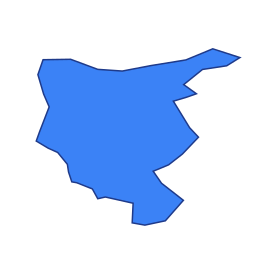 Agios Dometios, Cyprus, rotated 190°
{"feature_id": "46923920B17515684625849", "entity_name": "Agios Dometios", "entity_type": "district", "adm_level": 2, "iso_a3": "CYP", "parent_name": "Cyprus", "parent_adm1": "", "projection": "mercator", "projection_center": [33.316, 35.179], "detail": "fine", "context": "isolated", "style": "filled", "palette": "blue", "viewbox_px": 256, "rotation_deg": 190, "n_neighbors": 0, "source": "geoboundaries", "source_scale": "gbopen_adm2", "svg_char_len": 613}
<svg xmlns="http://www.w3.org/2000/svg" viewBox="0 0 256 256"><g transform="rotate(190 128 128)"><path d="M60.9,66.4L85.4,79.4L95.7,89.8L81.6,98.8L69.9,111.8L57.0,131.2L67.4,139.0L88.0,162.3L75.1,168.8L66.6,173.6L80.7,180.4L64.8,198.6L41.6,206.4L30.0,216.8L58.3,220.7L82.8,205.1L116.4,193.4L143.5,183.1L168.0,180.5L196.4,185.7L223.5,180.5L226.0,164.9L217.0,146.8L209.3,135.1L214.4,109.1L216.1,99.2L202.9,94.2L193.0,91.7L181.4,81.7L178.9,74.3L174.0,65.2L169.0,65.2L152.5,61.8L145.5,53.1L138.3,56.1L109.9,54.8L107.4,35.3L94.5,35.3L75.1,43.1L60.9,66.4Z" fill="#3b82f6" stroke="#1e3a8a" stroke-width="1.5"/></g></svg>